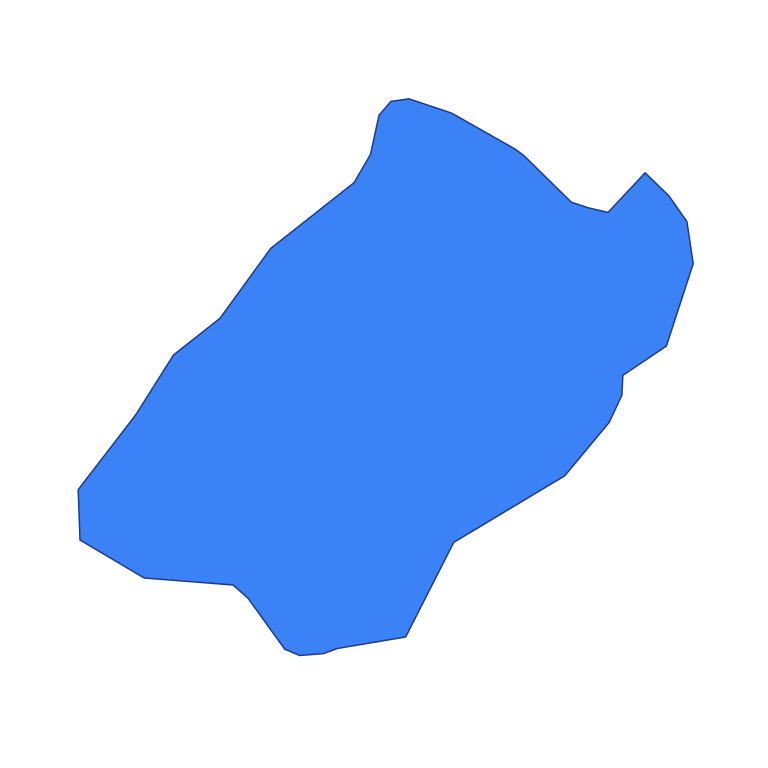 SVG path tracing the border of Lovrenc na Pohorju, rotated 13°
{"feature_id": "SVN-235", "entity_name": "Lovrenc na Pohorju", "entity_type": "Municipality", "adm_level": 1, "iso_a3": "SVN", "parent_name": "Slovenia", "parent_adm1": "", "projection": "equal_earth", "projection_center": [15.394, 46.529], "detail": "fine", "context": "isolated", "style": "filled", "palette": "blue", "viewbox_px": 768, "rotation_deg": 13, "n_neighbors": 0, "source": "natural_earth", "source_scale": "10m", "svg_char_len": 602}
<svg xmlns="http://www.w3.org/2000/svg" viewBox="0 0 768 768"><g transform="rotate(13 384 384)"><path d="M344.2,100.5L389.1,104.9L459.7,125.9L469.4,130.3L525.6,164.7L543.2,166.4L563.7,166.4L590.9,119.5L619.3,136.6L642.6,157.6L658.2,197.2L650.6,283.5L614.8,321.8L618.3,341.5L612.0,370.8L580.8,432.7L487.6,522.6L462.0,625.6L398.2,652.1L385.7,660.3L362.9,667.5L347.0,664.8L299.8,623.4L282.2,613.8L193.9,627.0L122.9,604.4L109.8,555.8L149.1,469.7L172.4,403.0L209.4,356.9L243.1,277.4L309.6,194.5L319.2,163.3L318.7,123.2L327.2,107.1L344.2,100.5Z" fill="#3b82f6" stroke="#1e3a8a" stroke-width="1.5"/></g></svg>